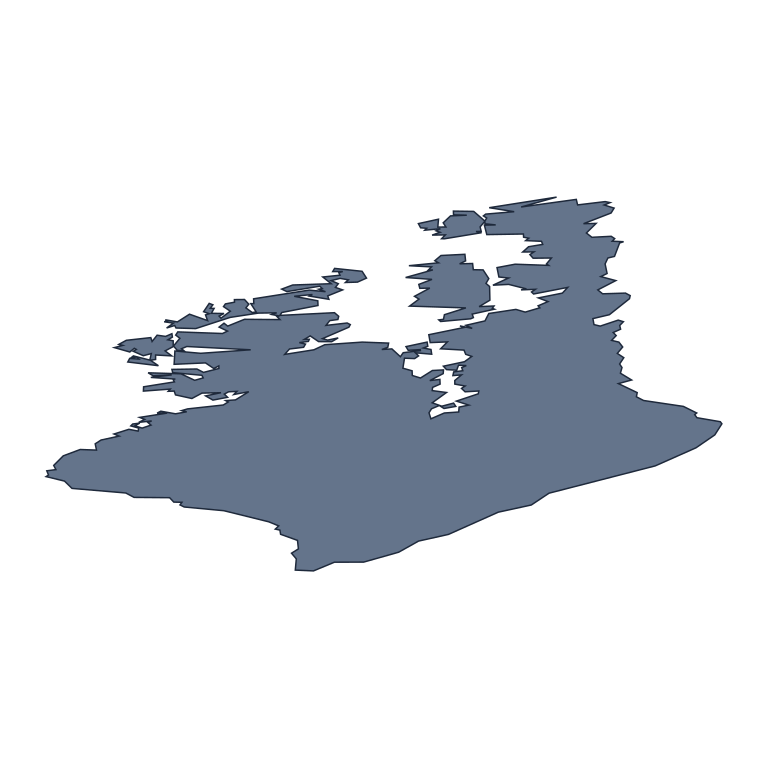 Averøy nor, Møre og Romsdal, Norway (Equal Earth projection)
{"feature_id": "86288312B65221364882540", "entity_name": "Averøy nor", "entity_type": "district", "adm_level": 2, "iso_a3": "NOR", "parent_name": "Norway", "parent_adm1": "Møre og Romsdal", "projection": "equal_earth", "projection_center": [7.535, 63.027], "detail": "fine", "context": "isolated", "style": "filled", "palette": "slate", "viewbox_px": 768, "rotation_deg": 0, "n_neighbors": 0, "source": "geoboundaries", "source_scale": "gbopen_adm2", "svg_char_len": 6111}
<svg xmlns="http://www.w3.org/2000/svg" viewBox="0 0 768 768"><path d="M556.6,197.1L489.2,207.7L514.2,211.7L485.7,214.1L483.4,215.9L486.7,218.0L484.9,221.1L473.7,211.4L453.4,211.1L453.5,214.8L466.8,215.2L450.5,215.9L443.2,222.8L445.9,227.0L437.8,227.1L438.5,219.2L418.4,223.6L420.6,227.8L426.7,228.3L424.8,230.2L440.4,228.7L436.0,230.8L440.1,232.3L432.1,235.1L445.3,234.9L441.6,238.7L444.4,238.8L481.6,232.7L476.0,231.5L481.2,231.4L480.1,226.9L484.8,221.3L485.0,223.8L495.7,224.9L484.4,225.2L486.8,234.6L523.4,234.0L523.6,237.2L528.7,238.2L525.7,240.6L541.5,241.3L542.7,244.4L528.6,246.7L522.7,252.0L533.9,251.9L529.9,254.6L533.1,258.2L551.4,258.0L546.5,263.9L548.6,265.4L515.1,264.2L497.0,267.6L498.9,277.0L508.6,278.0L492.9,285.2L508.7,284.4L526.5,288.9L521.0,289.9L535.4,289.3L531.5,292.0L533.6,294.0L567.7,287.4L562.4,293.1L538.4,297.9L548.0,301.6L538.1,305.8L539.8,307.8L525.2,312.1L515.9,309.4L488.8,313.5L485.0,320.9L465.9,325.3L472.2,328.4L459.9,325.9L464.0,327.5L428.8,334.7L430.2,342.6L447.4,341.9L440.6,348.8L464.0,350.1L465.7,354.3L471.8,356.4L464.5,361.7L443.4,366.2L446.5,369.6L456.7,370.2L458.5,365.2L466.3,365.6L461.7,367.6L462.8,370.7L453.7,371.9L452.9,375.6L461.5,374.9L454.8,380.5L454.8,384.1L465.1,386.0L461.5,388.4L465.1,391.8L478.8,391.0L478.3,393.8L456.4,401.1L468.8,405.1L459.1,407.1L458.7,412.0L444.3,413.0L430.9,418.8L429.0,412.8L431.5,408.8L439.3,405.5L444.0,408.5L455.8,406.4L453.6,403.1L441.8,406.2L432.2,402.8L446.5,392.5L432.2,390.6L432.6,387.4L440.1,384.1L439.9,379.4L429.8,380.6L443.2,373.6L443.5,369.9L432.4,370.5L420.5,378.0L412.3,375.5L412.1,370.8L402.9,368.2L404.5,358.2L414.6,358.6L418.6,355.9L415.4,352.8L431.7,354.2L431.0,349.5L423.3,348.0L427.8,346.3L427.1,342.1L406.0,346.6L408.2,350.3L420.3,349.6L420.4,350.6L403.2,352.7L400.4,356.7L391.9,348.9L381.8,349.5L387.8,347.3L388.6,343.1L362.2,342.1L324.8,344.7L313.9,349.8L284.7,354.4L289.5,349.0L303.6,347.3L305.5,344.1L299.3,342.6L308.4,341.4L309.3,339.3L304.3,339.4L310.2,335.9L318.6,341.6L331.7,341.7L338.2,337.9L327.6,340.1L322.5,338.6L348.9,327.2L350.3,324.6L347.2,323.0L326.0,325.4L329.8,320.6L337.9,319.5L338.7,316.3L334.5,312.7L279.9,315.4L281.8,312.5L318.0,305.5L317.8,300.8L294.2,296.3L312.4,294.5L309.4,296.1L328.9,299.3L327.7,295.9L342.6,289.9L335.4,287.4L338.3,283.7L331.1,280.6L340.1,278.4L348.3,279.8L345.4,282.5L357.5,282.1L366.5,278.1L362.1,271.3L334.6,268.4L332.7,271.6L342.8,271.5L338.8,272.6L340.0,275.2L322.8,277.0L331.2,283.7L292.7,285.0L281.7,289.1L286.9,291.6L319.8,286.2L322.3,288.6L318.8,289.2L325.5,291.7L309.2,290.1L253.6,298.8L253.8,303.6L250.8,303.6L256.2,312.0L252.2,312.5L245.9,307.9L248.8,304.2L244.5,299.5L234.4,299.6L234.5,302.2L225.4,303.9L223.5,306.6L230.3,311.2L221.0,318.2L219.1,316.1L224.0,313.5L211.4,313.3L214.1,308.4L210.2,308.3L212.9,304.8L209.2,303.4L203.6,311.7L209.3,313.7L205.5,314.9L207.6,320.6L189.5,314.2L177.4,321.9L165.3,319.8L167.1,321.0L164.2,321.8L173.5,323.1L166.6,328.0L174.7,325.5L176.0,328.0L195.7,328.6L230.2,317.4L258.4,313.1L276.7,312.8L271.7,314.5L279.4,316.0L276.9,316.5L280.0,319.6L244.5,319.3L227.7,326.1L224.0,323.2L219.1,327.1L227.5,331.1L222.5,333.5L177.8,331.9L175.7,335.1L179.9,338.3L173.5,346.0L177.3,350.4L183.8,350.6L181.5,348.7L186.8,346.5L250.7,349.8L200.7,353.3L174.9,351.0L174.1,364.3L205.5,362.9L213.8,368.5L218.8,365.9L218.9,368.5L203.5,372.4L196.9,369.0L171.9,369.4L172.7,372.6L201.9,375.3L203.2,377.9L194.7,380.3L180.9,373.8L148.1,372.8L153.2,375.8L171.7,374.9L150.8,377.4L175.4,379.1L173.0,379.3L174.4,381.9L143.6,386.8L143.4,391.1L170.2,389.1L168.2,391.3L174.2,391.1L175.5,394.9L191.9,398.5L202.0,393.1L221.0,392.7L205.6,395.9L212.9,400.1L227.6,397.3L224.3,394.1L228.6,391.8L236.9,391.4L233.8,394.5L248.8,391.7L235.5,399.9L225.7,400.6L228.2,402.0L223.3,405.0L187.5,408.9L181.7,410.6L186.7,411.8L175.5,413.8L160.8,411.2L157.1,413.1L167.2,413.1L139.6,417.4L144.7,419.4L138.7,422.4L151.7,420.9L147.9,422.5L151.0,425.1L142.1,428.1L134.9,425.8L139.8,423.1L132.7,424.0L130.8,425.9L138.7,428.1L138.1,431.1L128.9,429.3L114.0,434.0L119.1,436.1L101.1,440.0L95.2,443.8L96.5,450.1L80.2,449.5L63.3,455.8L53.7,465.4L55.9,469.6L46.8,470.8L48.5,475.0L46.1,476.6L64.5,481.1L72.0,488.4L125.8,493.0L134.1,497.4L169.6,497.7L173.8,502.1L181.9,502.3L180.0,504.9L184.2,507.0L223.8,510.7L268.7,521.8L278.7,525.9L275.3,529.1L279.9,530.1L280.6,534.3L297.5,540.4L298.4,548.9L291.5,553.2L296.3,558.9L295.3,570.1L313.5,570.9L334.4,562.2L363.7,562.1L398.7,552.2L418.5,541.1L448.5,534.4L498.2,512.2L531.3,505.0L549.0,493.2L655.2,465.9L696.0,447.8L714.8,434.9L721.9,423.8L720.3,421.7L696.9,417.7L694.7,414.6L696.7,413.0L683.4,406.4L643.6,400.5L636.4,396.8L637.2,392.6L618.4,383.6L631.6,380.0L620.4,373.2L622.0,367.5L619.6,364.0L623.8,357.7L617.3,353.4L622.7,347.0L618.9,342.1L611.6,340.4L616.2,335.6L613.2,332.5L620.6,329.2L619.7,325.5L623.4,321.7L618.2,320.1L600.2,326.1L594.0,324.6L592.9,318.6L609.4,314.7L629.5,298.7L630.2,295.6L625.5,293.1L602.6,293.8L597.8,289.9L615.8,280.6L600.8,276.6L607.1,273.5L605.1,263.9L607.9,258.0L614.5,256.4L619.6,243.0L623.6,241.7L612.2,241.2L614.7,238.6L611.2,236.3L591.9,237.3L586.4,233.0L596.1,223.4L583.5,223.7L611.1,213.0L614.1,208.1L604.2,205.0L610.1,202.6L605.2,201.6L577.6,204.9L576.3,199.4L521.1,207.0L556.6,197.1ZM464.9,254.3L441.0,255.5L434.8,260.7L438.5,262.8L408.9,265.7L431.5,266.9L428.2,270.2L432.9,269.9L405.6,277.5L432.0,279.4L418.8,284.4L419.8,288.3L429.8,288.1L414.5,296.3L419.0,299.1L409.6,306.1L465.9,307.9L444.4,314.7L443.5,319.3L438.8,319.9L440.6,321.5L470.7,318.8L473.4,317.6L472.2,314.1L494.5,309.2L492.3,308.3L494.0,306.0L479.1,306.6L489.9,300.2L489.6,286.5L486.0,283.4L488.8,278.6L483.1,269.9L473.3,269.7L472.6,263.5L459.6,263.8L465.6,260.9L464.9,254.3ZM165.6,336.4L157.1,335.2L152.1,341.5L150.8,337.6L126.3,340.3L118.8,344.4L122.7,345.4L114.4,347.6L129.8,352.0L134.3,348.3L136.3,349.4L133.3,351.3L143.3,355.7L151.3,353.6L149.8,360.1L133.4,355.9L131.4,357.5L136.8,357.1L138.9,359.1L129.7,358.4L127.8,362.0L158.4,365.7L150.3,360.2L155.6,359.5L155.6,355.0L171.7,355.9L165.1,350.9L173.2,346.6L173.2,340.8L167.9,339.8L172.4,337.1L171.9,333.7L165.6,336.4Z" fill="#64748b" stroke="#1e293b" stroke-width="1.5"/></svg>